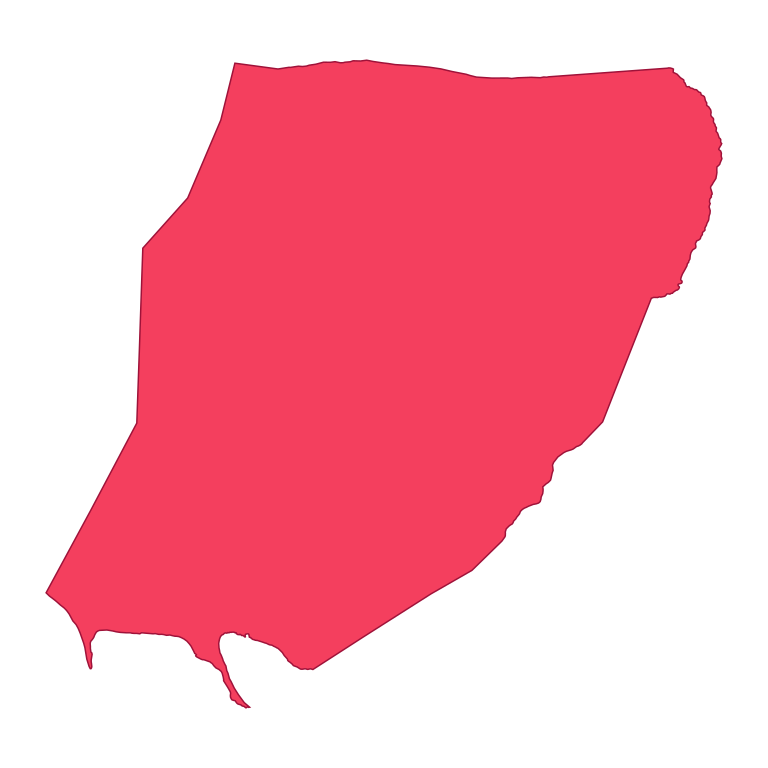 outline of Xyargas, Uvs, Mongolia
{"feature_id": "93677404B82072173731918", "entity_name": "Xyargas", "entity_type": "district", "adm_level": 2, "iso_a3": "MNG", "parent_name": "Mongolia", "parent_adm1": "Uvs", "projection": "natural_earth1", "projection_center": [93.9, 49.493], "detail": "fine", "context": "isolated", "style": "filled", "palette": "rose", "viewbox_px": 768, "rotation_deg": 0, "n_neighbors": 0, "source": "geoboundaries", "source_scale": "gbopen_adm2", "svg_char_len": 6018}
<svg xmlns="http://www.w3.org/2000/svg" viewBox="0 0 768 768"><path d="M667.3,68.2L548.7,76.8L546.7,77.2L543.7,77.0L540.3,77.7L531.2,77.3L517.5,77.8L511.7,78.5L507.7,78.0L492.1,78.1L476.5,77.1L469.7,75.4L466.3,74.3L452.0,71.5L440.9,68.9L429.4,67.2L417.3,66.0L395.1,64.6L388.0,63.5L382.7,62.9L373.3,61.5L366.7,60.2L360.6,61.0L353.1,60.8L350.1,61.8L345.0,62.2L343.1,62.7L340.5,62.8L335.0,61.7L330.4,62.3L323.5,62.2L315.9,64.2L309.2,65.2L306.4,66.1L302.5,66.5L298.4,66.2L290.4,67.4L289.0,67.3L278.0,69.0L234.9,63.2L220.8,120.1L187.7,198.0L142.8,248.2L139.3,352.0L136.8,423.1L90.6,510.6L46.1,592.8L49.5,596.1L55.4,600.6L60.6,605.2L64.1,607.9L66.6,610.5L69.1,613.9L72.9,621.0L76.1,624.6L78.2,628.4L80.2,633.2L83.7,643.2L84.9,647.6L86.8,659.1L89.0,666.2L89.8,667.9L90.3,668.7L91.1,668.6L91.6,667.7L91.8,666.5L91.5,663.6L91.2,661.7L91.2,659.9L92.1,654.3L91.8,652.9L90.9,652.0L90.4,648.6L90.4,646.2L90.2,643.8L90.4,642.3L91.1,640.8L92.2,639.7L93.7,637.5L94.8,634.7L96.4,632.0L97.9,631.0L99.4,630.4L106.9,630.0L112.9,631.0L116.2,631.8L120.3,632.4L126.4,632.8L130.3,632.8L131.9,633.2L134.2,633.4L136.7,633.4L139.8,633.8L141.5,632.8L153.1,633.8L155.3,633.6L158.8,634.4L161.8,634.3L163.8,634.6L166.5,635.3L169.9,635.0L172.1,635.6L174.8,636.2L176.9,636.3L178.9,636.6L181.3,637.6L184.0,639.0L186.9,641.1L189.3,643.8L191.1,646.2L193.9,651.6L194.7,653.4L195.6,654.0L196.4,654.8L195.7,655.7L195.9,656.2L196.9,657.0L201.3,659.3L202.6,659.7L203.9,659.7L205.2,660.2L210.1,661.9L210.8,662.6L211.8,663.2L212.7,664.1L213.7,665.6L215.9,667.9L219.0,669.5L221.3,671.5L222.2,673.3L223.2,677.0L223.7,679.8L223.6,680.7L224.0,681.4L227.8,687.4L230.3,691.8L230.6,693.2L230.6,694.0L230.4,694.9L230.4,696.0L230.5,697.2L231.1,698.6L231.9,699.8L233.3,700.3L235.3,700.8L236.1,702.2L236.7,703.0L237.7,703.9L239.1,704.4L240.9,704.8L241.4,705.5L242.4,706.0L244.3,706.5L245.1,707.3L245.9,707.8L246.6,707.6L247.1,707.1L247.7,706.8L248.7,707.4L249.6,707.2L244.2,702.6L238.5,694.8L234.3,688.2L231.1,681.6L229.4,678.6L228.0,673.3L226.8,670.7L225.9,666.0L225.0,664.5L223.2,660.8L222.7,659.0L221.2,655.2L219.9,652.7L219.5,650.1L219.0,647.9L218.7,643.3L219.1,641.1L219.6,638.8L220.3,637.0L221.2,635.7L222.1,634.9L223.3,634.4L224.3,633.3L224.9,633.1L225.8,632.9L226.5,633.1L227.0,633.1L227.9,632.5L228.7,632.8L229.3,632.7L229.9,632.2L231.1,632.4L231.9,632.1L233.0,632.2L233.7,632.1L234.1,632.2L234.9,632.7L235.8,632.6L236.1,632.8L236.3,633.0L236.2,633.3L236.2,633.5L237.6,634.5L239.4,634.7L239.6,634.4L240.4,634.4L240.6,634.5L240.7,634.8L241.4,635.2L241.7,635.5L242.9,635.5L243.5,635.8L244.7,636.9L245.1,637.0L245.4,636.8L245.4,636.4L245.2,635.6L245.2,635.0L245.4,634.5L245.8,634.2L247.5,633.8L248.1,633.8L248.7,634.2L249.0,634.7L249.0,635.6L249.1,636.1L249.3,636.5L249.4,637.2L250.7,637.6L251.2,638.3L252.6,639.3L253.3,639.6L254.2,639.7L255.1,640.2L257.6,640.5L258.5,640.8L262.6,642.1L264.8,642.9L266.4,643.3L268.8,644.5L270.0,644.9L271.7,645.1L272.6,645.5L273.4,646.1L275.7,647.1L276.7,647.8L277.8,648.2L279.5,649.7L282.4,652.6L284.2,655.5L287.2,658.8L287.5,659.3L287.6,659.8L287.7,660.3L288.4,661.2L289.7,662.0L292.1,664.0L293.4,665.6L297.2,667.0L300.3,669.0L301.3,669.2L302.5,669.2L304.8,668.8L306.0,668.9L306.8,669.2L307.8,669.4L310.3,668.8L311.3,669.0L312.9,669.5L363.4,636.9L431.1,593.8L472.0,570.3L501.9,541.1L504.9,536.9L505.3,535.8L505.4,533.2L505.3,532.0L506.2,528.9L508.7,526.3L510.4,525.0L512.3,523.9L513.0,522.8L513.7,521.0L515.7,519.0L516.8,517.1L518.5,515.1L519.5,513.8L520.4,511.4L522.3,509.5L524.4,508.1L526.4,507.3L528.3,506.3L533.2,504.4L536.3,503.8L538.4,503.1L539.4,502.4L540.2,501.5L540.9,499.3L541.2,496.9L542.7,493.6L543.0,491.4L543.1,489.5L542.8,486.8L546.3,483.7L548.3,482.4L550.5,480.2L551.0,478.5L552.2,472.9L553.1,470.4L552.8,467.4L552.5,465.1L553.6,462.4L557.9,456.9L563.8,452.6L566.4,451.3L571.3,449.8L573.2,449.0L576.6,446.5L578.1,446.1L580.1,445.1L581.8,443.8L582.5,442.8L602.6,421.9L616.8,385.7L651.3,298.3L653.7,297.4L657.6,297.5L659.5,296.8L660.5,297.1L661.4,297.0L664.8,296.3L666.3,294.8L666.8,294.0L667.8,293.8L670.0,294.1L671.1,293.4L672.5,293.2L673.2,292.3L676.1,290.3L677.4,290.0L678.7,288.9L679.2,287.9L679.4,287.2L679.1,286.6L678.3,285.9L678.1,285.3L678.1,284.4L678.7,284.0L680.7,283.5L681.6,283.1L682.1,282.1L682.0,281.1L680.8,280.0L680.7,279.3L681.2,277.1L682.4,274.1L685.2,269.1L686.9,265.9L687.4,263.6L688.6,262.4L688.8,261.0L689.9,259.1L690.3,255.2L691.0,252.6L692.6,250.0L695.1,248.3L695.7,247.8L695.9,246.6L695.5,244.0L695.6,243.0L696.4,241.7L696.5,241.0L698.7,240.0L699.6,239.4L700.2,238.8L700.5,238.2L700.8,236.9L701.1,236.3L701.9,235.3L702.4,234.4L702.4,232.8L702.9,232.1L704.5,230.7L705.0,230.0L705.0,229.6L704.9,228.6L704.9,228.0L705.2,227.4L706.5,225.1L706.5,224.6L707.3,222.5L707.8,221.8L708.6,220.1L708.8,218.9L709.1,216.0L710.0,213.4L710.2,210.7L709.1,206.9L709.3,205.9L710.2,203.5L709.7,202.6L709.5,201.3L709.8,199.1L711.4,196.9L711.2,196.0L711.5,194.9L712.1,194.3L712.1,193.1L711.0,189.4L710.6,188.3L710.6,187.0L710.9,186.3L712.3,184.4L713.2,182.7L715.9,178.5L716.6,174.6L716.9,172.6L716.8,170.0L716.9,167.0L718.9,165.2L719.9,164.0L720.0,163.2L721.9,158.7L721.2,156.1L721.4,153.2L720.7,151.1L718.8,149.5L718.8,148.9L719.1,148.3L720.4,146.0L721.2,144.8L721.7,143.5L721.1,142.9L720.7,142.1L720.7,139.5L720.2,138.7L719.2,137.9L717.6,133.1L716.4,131.7L716.1,131.3L716.1,130.7L716.4,128.7L716.4,127.6L715.4,126.3L715.1,125.4L715.0,124.4L714.0,123.1L713.6,122.3L713.4,121.4L713.6,119.1L713.1,118.1L712.1,117.2L711.1,115.9L710.8,115.2L710.8,114.4L711.1,112.5L710.9,110.9L710.5,109.5L709.6,108.3L708.7,106.8L707.5,106.0L706.7,105.4L706.7,102.8L705.7,101.3L705.2,99.9L704.8,97.9L704.3,96.6L703.2,95.8L701.8,95.2L701.2,94.8L700.7,92.9L700.1,92.4L698.7,92.0L696.7,89.9L695.8,89.6L694.5,89.6L692.6,88.5L691.8,88.2L690.6,88.1L690.1,87.7L689.5,87.0L689.0,86.6L687.6,86.8L686.7,86.6L686.2,86.1L685.0,83.0L684.2,82.2L684.0,81.9L683.9,81.4L683.9,80.6L683.6,79.8L680.4,77.7L677.1,74.2L673.3,72.4L673.2,71.9L673.4,69.1L672.8,68.7L670.4,68.0L668.7,67.9L667.3,68.2Z" fill="#f43f5e" stroke="#9f1239" stroke-width="1.5"/></svg>